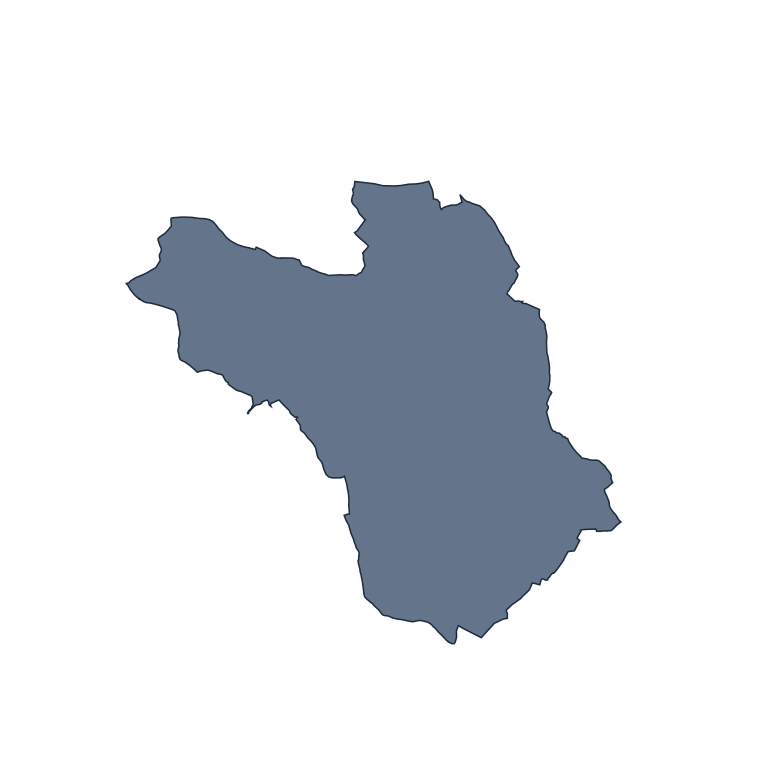 Frata, Cluj, Romania (orthographic projection), rotated 29°
{"feature_id": "2599482B89853314027288", "entity_name": "Frata", "entity_type": "district", "adm_level": 2, "iso_a3": "ROU", "parent_name": "Romania", "parent_adm1": "Cluj", "projection": "orthographic", "projection_center": [24.028, 46.701], "detail": "fine", "context": "isolated", "style": "filled", "palette": "slate", "viewbox_px": 768, "rotation_deg": 29, "n_neighbors": 0, "source": "geoboundaries", "source_scale": "gbopen_adm2", "svg_char_len": 6158}
<svg xmlns="http://www.w3.org/2000/svg" viewBox="0 0 768 768"><g transform="rotate(29 384 384)"><path d="M592.1,558.7L593.4,553.0L596.0,542.4L596.4,539.9L598.1,537.8L601.8,532.4L602.8,531.3L605.5,529.2L603.3,525.1L601.4,523.5L600.7,522.8L600.6,522.4L600.9,521.2L601.8,518.9L602.8,515.3L607.6,505.3L608.1,502.6L610.7,494.6L610.9,492.8L610.2,486.2L613.5,485.1L617.6,484.1L616.3,478.6L617.7,477.2L619.7,477.3L621.1,476.9L622.1,476.1L621.8,474.0L622.3,472.8L622.5,470.2L622.8,468.8L623.2,467.7L624.1,467.3L624.8,465.0L625.3,462.2L626.4,452.4L626.2,446.7L626.3,443.0L626.2,441.4L631.4,437.6L631.0,425.9L627.6,425.3L627.5,420.9L627.7,417.2L626.8,416.4L628.2,415.2L631.7,412.9L639.7,408.2L641.4,409.7L644.5,408.1L647.5,405.8L650.2,404.6L654.0,401.8L655.2,397.9L656.0,394.6L658.1,389.8L654.5,388.8L653.7,388.0L653.0,388.0L652.2,387.2L649.5,385.8L649.0,385.8L644.8,384.2L642.0,382.7L640.6,381.6L637.9,377.9L633.3,374.1L629.8,371.7L627.9,369.4L627.9,369.1L629.7,365.8L631.4,360.5L631.9,359.5L628.7,356.9L628.0,355.9L627.1,353.9L626.3,353.2L623.2,351.5L619.6,350.1L617.1,348.7L608.8,346.9L606.2,347.8L603.8,349.3L600.7,350.6L598.5,350.9L592.8,352.9L592.4,352.5L585.3,350.4L580.7,348.6L573.5,344.8L571.1,342.7L569.3,343.2L567.7,342.5L566.2,343.5L565.1,342.7L561.1,342.0L559.0,343.0L556.8,342.6L554.8,343.2L551.8,341.7L547.9,338.2L540.0,330.0L539.7,329.1L539.4,325.7L539.1,324.8L538.4,324.0L536.1,322.7L535.7,322.2L534.7,314.9L534.9,312.0L534.7,310.0L529.9,308.8L529.1,305.3L527.7,301.4L524.8,295.9L523.3,294.3L521.0,289.7L518.6,286.3L514.0,280.4L511.3,277.7L505.6,268.3L503.5,263.6L501.9,261.4L497.9,256.8L496.2,254.1L493.8,252.4L489.3,251.1L487.7,250.2L485.5,247.2L483.9,243.5L469.7,244.8L468.4,245.1L467.7,245.7L465.5,246.3L465.0,245.9L464.4,245.8L465.3,244.9L465.3,244.6L464.3,245.3L461.3,246.3L459.1,247.7L458.0,248.1L453.6,246.9L451.7,246.6L450.0,245.9L448.0,245.8L447.5,243.4L447.9,241.9L448.0,234.3L448.8,232.7L448.8,232.0L448.6,228.7L448.7,226.4L448.4,224.4L447.6,222.9L444.2,221.0L444.3,219.6L445.5,215.7L437.5,212.1L437.1,211.6L433.5,209.2L429.9,206.0L428.3,205.0L425.5,202.6L423.6,202.6L420.1,200.5L417.3,198.2L411.2,195.0L402.5,189.2L397.3,186.7L392.7,185.3L387.6,183.1L381.4,181.8L373.1,183.4L370.1,183.5L367.9,184.2L364.6,183.8L358.6,181.5L364.3,187.3L363.1,188.5L361.7,191.0L360.5,192.3L358.5,193.6L356.2,194.8L352.6,198.4L350.4,201.1L349.5,203.7L348.0,202.7L346.3,200.9L344.6,198.0L343.4,197.9L341.8,197.1L340.8,197.1L337.7,198.2L334.1,192.9L331.6,190.3L324.8,185.0L323.3,186.6L319.7,189.9L315.3,193.3L309.0,197.1L302.4,202.3L297.0,205.8L286.9,211.1L278.6,213.5L260.3,221.0L261.9,224.7L262.4,226.2L262.1,228.9L265.1,232.5L265.3,233.2L265.1,233.8L265.7,236.4L266.4,238.6L267.3,240.1L269.5,241.6L275.9,243.7L278.9,246.3L280.9,247.4L284.6,248.5L286.3,249.2L288.0,249.3L286.2,263.6L285.4,264.7L284.9,266.0L285.7,266.1L286.8,266.8L292.1,268.2L301.0,270.0L303.5,271.0L303.6,272.0L302.7,276.2L302.1,278.0L302.1,279.2L301.8,279.7L303.7,281.5L305.7,285.3L307.5,286.9L309.5,289.3L310.0,290.1L310.2,290.7L309.9,294.4L310.1,297.1L309.9,297.7L308.4,299.6L307.7,301.6L306.9,302.8L303.3,303.7L297.4,307.5L293.3,309.4L282.6,316.1L278.9,316.4L277.8,316.9L272.3,318.0L270.4,317.9L266.0,318.5L261.8,318.5L257.6,319.7L254.7,320.1L249.7,316.6L248.1,317.2L244.5,317.7L242.4,318.5L232.8,323.6L232.9,324.1L229.0,325.7L224.3,326.5L221.7,326.3L215.4,325.4L205.9,326.3L206.2,328.8L200.3,330.2L195.7,331.7L188.1,333.2L181.2,333.2L177.8,332.8L174.3,332.0L169.4,329.8L163.3,328.0L160.5,326.6L157.5,325.6L157.5,325.4L154.8,324.8L151.5,324.9L147.1,326.3L142.0,328.8L135.4,331.3L128.8,334.6L125.8,336.3L118.5,341.1L117.5,342.2L117.5,342.8L121.6,349.2L121.0,351.0L120.5,354.1L119.3,358.6L116.9,363.3L116.0,365.7L116.0,366.6L116.5,367.5L120.7,371.4L123.5,373.5L124.4,375.0L124.7,376.0L125.0,380.1L126.0,381.7L128.1,384.0L128.4,384.8L128.0,392.6L123.1,401.1L120.4,405.0L115.9,410.6L114.3,413.0L112.5,416.4L111.7,419.3L109.9,421.0L112.5,422.0L116.1,424.3L122.3,426.9L127.5,428.2L128.3,428.3L127.8,427.8L128.0,427.7L129.9,428.2L133.9,428.5L136.6,428.1L139.8,426.7L143.5,425.6L151.5,423.6L163.6,421.4L165.5,421.3L168.2,423.0L170.0,424.5L172.6,428.0L174.2,429.6L175.1,431.5L180.1,437.1L181.5,439.9L182.8,444.4L184.0,446.5L184.5,448.1L186.1,449.9L187.0,453.3L187.5,454.4L188.2,455.5L190.6,458.0L191.8,459.8L194.0,461.4L194.9,461.6L199.3,461.3L205.1,461.9L211.8,463.3L215.1,464.2L216.8,462.2L218.6,460.5L223.2,457.3L225.8,456.6L233.3,455.8L237.8,454.4L239.3,455.0L243.0,457.5L245.1,458.3L247.1,458.2L247.7,459.5L249.4,459.9L257.0,460.9L259.8,460.7L262.1,459.9L268.8,459.2L270.6,459.2L271.9,458.6L272.7,458.6L275.0,459.3L279.5,465.2L279.6,466.2L279.4,467.9L279.8,468.6L279.8,469.4L278.9,472.4L278.6,474.5L278.8,475.6L279.0,475.9L279.5,475.8L279.8,475.4L279.3,475.0L279.3,474.3L281.2,466.5L281.9,465.2L282.7,464.1L285.0,462.2L286.2,460.5L286.4,460.1L285.8,459.2L286.5,458.6L287.4,456.9L288.9,455.3L289.6,454.8L290.1,454.8L291.6,455.6L294.0,458.1L295.9,458.3L294.5,457.3L294.8,455.6L299.8,448.9L307.3,451.3L314.0,453.1L314.7,453.5L315.3,454.4L317.6,455.4L320.0,455.7L322.0,456.3L323.8,455.1L324.5,455.0L324.2,457.7L330.2,460.4L331.4,461.6L333.0,464.3L333.7,464.8L338.3,465.6L343.7,468.2L346.8,469.0L351.0,470.6L354.5,472.5L355.6,473.4L359.5,478.0L361.8,480.3L366.8,482.3L368.2,483.2L373.0,488.0L377.2,491.2L380.7,492.0L382.8,491.6L385.0,490.8L390.9,487.5L392.9,485.9L394.2,483.9L399.6,489.3L406.2,497.4L409.8,502.8L411.9,507.1L416.7,514.2L415.6,515.1L412.8,518.2L416.8,521.6L421.3,524.3L427.5,530.6L432.8,534.7L434.2,536.3L436.2,538.0L436.9,538.3L437.7,539.4L439.5,541.0L442.2,542.2L444.4,543.9L445.3,546.6L446.8,549.6L447.0,550.6L446.9,551.2L448.1,552.4L448.5,553.3L452.3,557.2L453.9,559.5L456.1,561.7L460.3,566.6L463.4,570.6L468.6,577.8L470.4,579.5L472.6,580.4L476.2,581.0L476.7,581.3L480.7,581.7L482.2,582.5L488.8,584.1L494.2,586.5L496.3,586.4L500.4,584.8L505.1,584.4L510.7,582.8L512.2,582.0L523.0,578.6L524.6,577.9L527.2,575.5L530.4,573.1L537.7,571.1L541.8,571.3L544.9,572.4L547.2,572.8L552.1,574.7L556.9,575.9L563.5,578.1L565.8,578.4L569.2,578.2L571.3,577.1L571.4,574.9L570.2,570.2L567.1,564.9L566.1,559.3L572.9,559.4L592.1,558.7Z" fill="#64748b" stroke="#1e293b" stroke-width="1.5"/></g></svg>